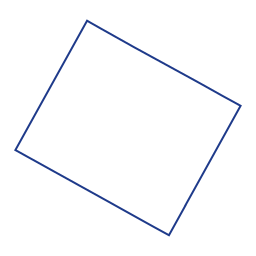 outline of Ngaanyatjarraku, Western Australia, Australia, rotated 29°
{"feature_id": "25037944B86885707589826", "entity_name": "Ngaanyatjarraku", "entity_type": "district", "adm_level": 2, "iso_a3": "AUS", "parent_name": "Australia", "parent_adm1": "Western Australia", "projection": "mercator", "projection_center": [128.838, -25.094], "detail": "fine", "context": "isolated", "style": "outline", "palette": "blue", "viewbox_px": 256, "rotation_deg": 29, "n_neighbors": 0, "source": "geoboundaries", "source_scale": "gbopen_adm2", "svg_char_len": 1812}
<svg xmlns="http://www.w3.org/2000/svg" viewBox="0 0 256 256"><g transform="rotate(29 128 128)"><path d="M215.8,168.1L215.7,168.1L215.7,152.9L215.7,84.9L215.7,70.9L215.7,54.0L194.8,54.1L167.7,54.0L94.2,54.4L73.5,54.3L55.3,54.2L45.0,54.1L40.2,54.0L40.2,97.2L40.2,141.9L40.2,201.9L54.0,201.9L84.3,201.9L112.6,201.9L140.7,201.9L188.5,202.0L199.5,202.0L215.8,201.9L215.8,200.8L215.8,200.7L215.8,200.4L215.8,200.2L215.8,199.9L215.8,199.6L215.8,199.4L215.8,199.2L215.8,198.8L215.8,198.6L215.8,198.4L215.8,198.2L215.8,197.8L215.8,197.6L215.8,197.4L215.8,197.2L215.8,196.8L215.8,196.6L215.8,196.4L215.8,195.9L215.8,195.7L215.8,195.3L215.8,195.1L215.8,194.9L215.8,192.7L215.8,192.3L215.8,192.1L215.8,191.9L215.8,191.7L215.8,191.3L215.8,191.1L215.8,190.9L215.8,190.7L215.8,190.2L215.8,189.8L215.8,189.6L215.8,189.4L215.8,189.2L215.8,188.8L215.8,188.6L215.8,188.4L215.8,188.2L215.8,187.9L215.8,187.6L215.8,187.4L215.8,187.2L215.8,186.9L215.8,185.8L215.8,185.6L215.8,185.4L215.8,185.2L215.8,184.8L215.8,184.6L215.8,184.3L215.8,184.1L215.8,183.9L215.8,183.6L215.8,183.3L215.8,183.1L215.8,182.9L215.8,182.7L215.8,182.3L215.8,182.1L215.8,181.9L215.8,181.7L215.8,181.3L215.8,181.2L215.8,180.9L215.8,180.7L215.8,180.4L215.8,180.1L215.8,179.9L215.8,179.7L215.8,179.3L215.8,179.1L215.8,178.9L215.8,178.7L215.8,178.3L215.8,178.1L215.8,177.8L215.8,177.6L215.8,177.4L215.8,177.2L215.8,176.1L215.8,175.9L215.8,175.7L215.8,175.4L215.8,175.2L215.8,174.8L215.8,174.6L215.8,174.4L215.8,174.2L215.8,173.8L215.8,173.6L215.8,173.4L215.8,173.2L215.8,172.6L215.8,172.4L215.8,172.1L215.8,171.8L215.8,171.6L215.8,171.4L215.8,171.2L215.8,170.9L215.8,170.7L215.8,170.3L215.8,170.1L215.8,169.9L215.8,169.7L215.8,169.4L215.8,169.1L215.8,168.9L215.8,168.7L215.8,168.3L215.8,168.1L215.8,168.1Z" fill="none" stroke="#1e3a8a" stroke-width="2"/></g></svg>